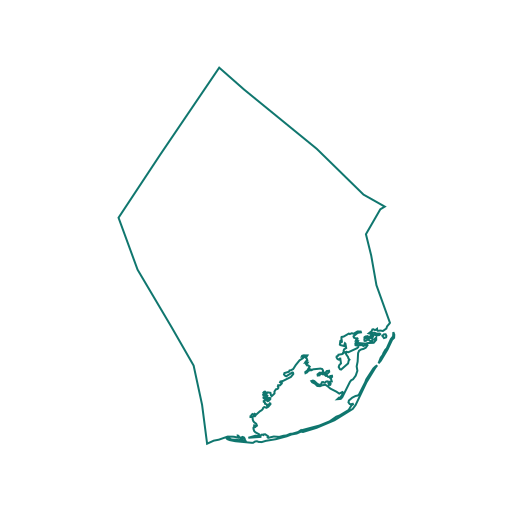 the district of Bir Al-Abd, Shamal Sina', Egypt, rotated 150°
{"feature_id": "37247803B3069705007202", "entity_name": "Bir Al-Abd", "entity_type": "district", "adm_level": 2, "iso_a3": "EGY", "parent_name": "Egypt", "parent_adm1": "Shamal Sina'", "projection": "robinson", "projection_center": [33.135, 30.752], "detail": "fine", "context": "isolated", "style": "outline", "palette": "teal", "viewbox_px": 512, "rotation_deg": 150, "n_neighbors": 0, "source": "geoboundaries", "source_scale": "gbopen_adm2", "svg_char_len": 6098}
<svg xmlns="http://www.w3.org/2000/svg" viewBox="0 0 512 512"><g transform="rotate(150 256 256)"><path d="M355.9,357.9L365.4,303.4L364.7,236.4L364.8,192.3L377.1,154.1L392.2,117.9L384.9,117.2L380.0,115.5L370.9,113.8L365.6,110.6L362.5,107.8L361.6,109.6L361.1,109.1L361.2,108.0L359.3,104.6L358.8,104.6L358.7,106.1L358.2,106.1L357.2,104.9L357.1,103.6L357.5,102.8L357.5,101.4L360.5,103.6L361.0,105.1L362.0,105.3L362.5,104.4L364.4,106.3L369.0,109.3L371.0,112.4L371.8,113.1L372.6,112.8L372.4,111.7L370.8,109.7L366.6,106.0L353.3,96.5L351.9,95.7L349.5,95.8L347.8,95.1L346.7,93.7L344.1,92.0L339.9,91.0L330.3,87.4L319.6,84.5L314.5,83.7L309.5,81.9L304.9,81.4L303.3,80.1L289.5,76.9L270.1,74.5L248.7,75.2L244.3,77.1L223.5,91.4L208.6,99.5L205.7,100.7L207.8,100.6L210.6,99.9L222.2,94.0L224.6,92.0L236.2,84.5L237.7,84.3L239.8,85.0L243.5,85.2L247.8,84.4L249.1,83.0L248.9,81.0L248.3,80.3L246.1,79.6L246.2,79.0L247.8,79.0L252.8,76.3L263.4,76.1L266.7,76.7L274.9,76.0L285.9,77.5L302.9,82.1L303.4,81.6L304.0,81.8L304.1,82.7L307.5,82.5L313.3,83.9L315.3,84.9L319.4,85.4L322.1,86.6L326.3,87.7L330.9,90.8L336.3,92.4L336.6,93.1L335.7,93.9L337.2,97.0L338.3,97.6L339.1,97.2L340.0,98.3L340.8,98.5L342.0,98.0L342.6,97.1L353.5,102.4L346.4,100.7L344.1,99.0L342.8,99.3L342.5,100.1L344.7,103.7L345.1,105.3L344.6,107.6L344.0,108.6L342.5,108.3L342.3,109.1L342.6,109.8L342.2,110.2L341.0,108.5L340.0,108.6L339.7,110.6L340.7,112.9L340.9,114.4L340.6,116.0L339.5,118.3L341.3,119.3L340.9,120.0L340.1,119.9L339.0,120.8L337.8,120.8L337.5,120.2L337.9,118.3L337.1,117.8L336.5,118.0L336.6,119.3L336.0,119.9L335.0,118.6L330.2,119.6L328.4,119.6L326.8,120.0L325.9,120.8L324.4,121.1L322.8,119.3L320.7,119.3L317.5,120.5L317.3,121.1L317.7,121.6L319.4,120.8L321.2,121.2L320.9,122.1L322.1,123.6L321.5,124.8L322.2,125.8L321.9,126.5L318.1,126.7L317.6,126.5L317.8,125.7L318.7,125.4L318.7,124.6L317.5,124.2L315.2,124.9L314.7,125.8L315.4,126.4L316.1,126.4L316.9,127.7L319.4,127.8L320.5,129.0L320.4,129.5L319.6,129.6L318.6,129.0L317.9,129.0L317.3,129.4L316.7,128.9L316.0,129.2L316.4,130.5L319.3,131.6L319.1,132.3L317.8,132.1L318.0,133.9L316.9,134.3L316.0,134.1L315.7,133.4L316.5,132.2L316.2,131.6L314.0,132.0L311.9,130.3L312.7,127.8L312.5,126.8L310.2,127.3L308.7,127.7L307.8,129.4L305.4,130.6L303.8,130.1L302.6,130.6L302.1,131.5L302.3,132.1L301.4,133.0L299.9,132.0L297.7,132.6L297.1,133.0L298.3,134.6L297.6,135.1L295.1,134.3L286.3,133.8L282.8,135.1L282.4,135.8L282.3,136.5L282.8,137.0L289.9,136.7L290.7,137.8L291.0,139.4L289.9,140.4L285.4,139.3L284.2,140.1L283.0,139.6L280.3,139.5L276.1,141.7L270.4,143.9L266.6,144.0L264.3,144.6L264.6,145.1L266.7,146.0L266.0,146.5L264.5,146.2L261.2,144.2L263.7,142.9L263.4,141.6L263.7,140.0L265.5,139.8L266.6,139.2L265.6,138.9L264.4,137.9L265.6,137.3L266.7,137.3L266.5,135.7L265.5,135.2L264.8,133.3L267.0,132.2L266.0,131.1L268.1,131.3L271.4,130.8L271.7,129.8L269.9,129.7L268.4,130.3L266.7,130.2L265.1,129.3L263.2,129.3L256.5,126.3L255.2,125.0L255.2,123.4L256.0,122.0L257.7,122.1L259.2,123.1L261.9,122.7L262.3,121.6L260.6,120.9L259.5,121.6L258.1,121.2L257.3,120.1L256.4,120.3L255.5,121.1L254.8,120.7L255.1,120.1L256.4,119.6L256.0,119.3L252.3,121.0L250.1,120.1L250.5,119.1L254.1,118.1L255.7,118.2L255.5,117.3L254.2,116.4L254.0,115.2L253.1,114.8L251.6,114.9L250.1,114.3L250.5,113.3L251.2,113.1L252.3,113.7L252.8,113.4L252.5,112.0L253.1,109.5L254.9,110.2L255.4,109.9L255.2,108.1L256.1,107.3L257.2,107.8L257.0,109.4L256.5,110.4L256.5,111.5L257.9,112.2L259.7,111.9L260.8,112.7L260.9,113.3L261.9,113.7L264.0,112.3L265.5,112.7L266.8,114.6L268.0,118.5L269.0,119.7L270.6,120.0L270.5,118.6L268.7,115.8L267.9,112.8L265.6,111.2L263.5,111.0L260.3,109.8L259.0,107.2L257.9,104.0L254.2,98.3L252.7,95.2L249.2,95.0L248.9,94.3L251.2,92.4L254.5,91.1L255.0,91.8L257.1,91.3L254.1,89.9L252.0,90.5L237.6,100.0L235.7,100.8L233.6,100.7L229.5,102.5L225.6,105.9L224.0,110.1L220.8,113.7L216.1,120.9L214.1,122.4L211.6,122.5L209.4,121.8L206.8,121.7L204.0,123.0L204.1,123.9L204.8,124.2L207.8,124.3L208.3,124.9L208.3,125.8L208.7,126.3L209.6,126.2L211.2,127.4L212.3,126.9L213.0,126.0L214.5,125.6L224.3,126.5L225.6,127.9L227.6,128.1L226.7,126.7L227.1,125.8L226.8,122.5L227.2,121.0L226.9,119.5L227.9,119.2L230.0,116.9L239.1,115.1L239.9,116.0L239.9,118.5L238.5,119.8L236.1,120.5L234.3,125.0L234.9,125.3L236.1,124.8L236.9,125.9L237.0,127.8L236.4,128.7L234.7,128.6L234.0,129.3L230.6,128.0L229.4,128.0L229.0,128.7L227.7,129.3L227.5,130.1L226.4,131.1L223.9,131.2L222.4,135.3L222.6,136.0L223.7,135.1L224.4,133.7L227.4,136.6L227.7,137.3L225.4,140.3L224.8,140.4L225.6,138.7L224.5,138.7L223.0,142.4L222.3,143.1L220.4,142.4L214.4,142.4L213.8,141.5L211.6,141.2L210.4,139.9L205.8,139.9L203.1,138.2L203.3,137.4L205.7,138.4L207.1,138.5L211.7,137.7L212.0,136.4L210.9,134.8L209.4,134.1L209.4,133.5L210.8,133.4L212.0,132.7L210.1,131.3L210.7,130.9L212.2,131.2L213.6,130.7L214.4,129.1L213.9,128.4L213.2,128.5L211.9,129.6L210.2,129.0L205.0,125.3L202.9,124.8L197.5,122.0L193.8,123.3L192.7,125.3L195.5,124.6L196.6,125.1L197.7,124.9L198.0,123.9L199.7,124.7L199.4,125.2L200.2,126.6L199.9,127.5L200.5,127.8L203.3,127.6L204.4,128.2L204.1,129.3L202.9,130.2L203.1,130.9L202.5,131.5L201.3,131.5L198.7,130.5L201.0,130.4L201.8,129.9L200.3,128.4L198.9,128.8L198.3,129.3L197.0,129.2L196.0,129.8L194.7,131.5L196.2,131.8L197.0,132.6L193.5,133.1L191.9,134.2L190.9,133.8L190.4,132.8L189.5,132.2L187.6,132.4L188.2,131.1L187.9,130.3L185.5,129.2L183.6,127.6L179.4,128.0L177.7,129.5L173.8,130.9L173.4,131.2L166.3,170.5L156.0,198.8L149.9,219.9L125.0,234.3L119.8,234.4L132.2,255.4L149.8,318.4L183.1,406.1L193.7,437.5L288.2,391.7L355.9,357.9ZM175.1,121.4L177.5,117.8L180.7,116.6L189.0,110.6L190.9,110.1L194.2,108.2L195.5,107.1L194.9,106.6L196.6,105.7L196.7,106.5L198.8,105.6L203.5,101.8L200.3,102.9L188.8,109.3L180.0,115.4L177.3,116.1L175.6,118.7L175.1,121.4ZM187.7,127.0L190.4,128.5L191.7,130.3L193.0,130.9L195.5,129.9L195.8,129.2L198.0,127.9L196.9,126.8L196.2,126.9L193.6,128.7L192.6,128.6L192.0,128.5L192.0,127.7L190.8,126.7L188.7,125.9L187.5,126.2L187.7,127.0ZM182.9,123.4L184.4,124.2L186.5,123.7L186.2,120.9L184.0,120.5L183.0,121.6L182.9,123.4Z" fill="none" stroke="#0f766e" stroke-width="2"/></g></svg>